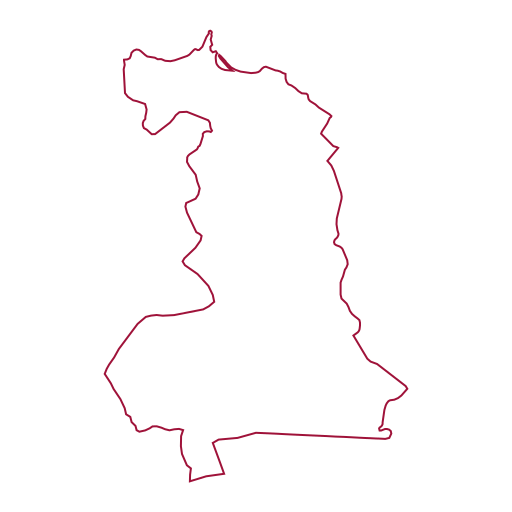 map outline of Oriental (Robinson projection)
{"feature_id": "MAR-1454", "entity_name": "Oriental", "entity_type": "Region", "adm_level": 1, "iso_a3": "MAR", "parent_name": "Morocco", "parent_adm1": "", "projection": "robinson", "projection_center": [-2.611, 33.589], "detail": "fine", "context": "isolated", "style": "outline", "palette": "rose", "viewbox_px": 512, "rotation_deg": 0, "n_neighbors": 0, "source": "natural_earth", "source_scale": "10m", "svg_char_len": 3809}
<svg xmlns="http://www.w3.org/2000/svg" viewBox="0 0 512 512"><path d="M212.2,44.8L210.3,46.8L210.6,50.1L212.7,52.3L215.8,51.2L217.2,53.3L216.3,54.4L215.8,56.2L215.7,58.2L216.1,62.1L216.5,63.7L217.4,65.2L218.9,67.0L221.5,68.8L225.0,70.0L232.4,70.7L228.0,67.2L220.3,58.4L218.8,55.9L219.2,54.9L220.6,56.0L225.5,61.2L226.3,62.5L231.1,67.4L235.4,69.8L240.6,71.6L251.1,73.1L255.7,72.7L258.1,72.1L259.8,71.1L261.9,68.7L263.8,67.2L265.9,66.7L275.5,70.4L277.7,70.7L280.2,71.5L282.8,73.0L285.5,73.9L285.6,78.7L286.6,81.9L288.4,84.3L291.5,85.5L295.3,88.1L298.4,91.1L301.8,93.3L306.4,93.7L307.6,94.7L308.0,96.1L308.2,97.7L308.7,99.4L310.1,101.1L315.4,104.4L318.9,107.6L329.5,114.3L331.4,116.1L331.0,117.0L329.7,118.0L327.2,123.5L321.9,131.6L321.1,133.7L333.3,146.1L337.0,147.2L338.2,147.9L327.4,160.9L331.3,165.5L333.9,170.9L341.2,193.2L341.4,194.9L341.7,196.5L341.5,198.9L336.8,218.5L336.5,224.2L337.4,230.1L338.5,233.7L338.4,235.0L337.6,236.8L336.6,238.1L335.4,239.1L334.5,240.3L334.0,242.2L334.6,244.1L336.2,245.2L339.7,246.5L341.5,247.8L342.6,249.2L347.2,260.2L347.7,264.2L346.4,267.5L344.9,269.7L343.0,276.5L341.6,279.6L340.6,282.6L340.6,294.6L341.5,298.6L346.7,303.6L348.5,307.1L349.9,310.9L352.0,313.9L354.7,316.3L357.6,318.5L359.4,320.1L360.0,322.7L360.0,325.5L359.7,328.1L359.5,329.4L359.1,330.5L358.5,331.5L357.7,332.4L353.4,335.5L367.3,358.7L370.6,361.6L377.1,364.0L405.7,386.1L407.3,388.8L401.4,395.5L398.0,398.1L394.3,399.7L390.0,400.3L388.4,401.2L386.7,403.4L385.7,405.5L384.4,409.9L382.8,421.0L382.6,422.4L382.6,423.4L382.5,424.4L381.8,425.7L381.2,426.4L379.5,427.7L379.1,428.5L379.6,430.5L381.2,430.5L385.0,429.0L387.0,429.0L389.1,429.6L390.8,431.1L391.3,433.6L389.3,437.9L385.3,438.9L377.6,438.5L376.7,438.5L374.3,438.4L370.4,438.2L365.3,438.0L359.1,437.7L352.0,437.3L344.2,436.9L335.8,436.6L327.0,436.1L318.1,435.7L309.1,435.3L300.3,434.9L291.8,434.5L283.8,434.1L276.5,433.7L270.0,433.4L255.9,432.8L237.6,437.9L218.6,439.6L212.8,442.9L219.8,461.9L224.1,473.8L206.2,476.3L189.9,481.3L190.1,474.6L190.9,468.4L186.9,465.3L182.0,454.0L180.9,446.2L181.1,436.1L183.1,430.1L179.0,428.9L174.2,429.3L169.5,430.3L165.0,429.2L161.5,427.7L156.7,426.3L152.5,426.4L149.7,428.3L145.2,430.4L139.4,431.7L136.6,430.2L135.5,425.9L131.6,422.1L130.3,416.9L126.1,414.3L124.7,408.2L120.4,399.1L113.6,389.0L110.9,383.4L104.7,373.9L106.7,368.9L109.1,364.6L114.1,357.5L118.9,348.9L137.6,323.9L145.8,316.9L151.1,315.6L156.6,315.0L162.6,315.7L174.1,315.1L203.2,309.4L208.9,306.3L214.2,301.8L212.8,295.0L208.4,285.9L197.6,274.1L184.9,265.2L182.6,261.4L184.4,258.3L195.4,247.8L200.6,240.4L201.6,235.9L199.6,234.0L196.3,232.2L187.0,212.6L185.4,206.6L186.2,203.0L195.6,198.7L198.3,194.5L199.7,188.4L197.2,181.5L195.7,174.8L189.3,166.2L187.0,161.9L187.2,158.6L187.2,157.4L188.0,155.9L189.5,154.4L196.9,149.4L197.6,148.3L197.9,147.4L198.3,146.6L199.4,146.0L199.8,145.6L200.1,144.6L200.4,144.2L202.9,136.1L202.8,133.8L204.3,132.1L206.8,131.3L209.2,131.4L210.8,132.0L212.0,130.7L210.7,128.2L210.2,125.8L209.9,122.8L208.3,120.3L186.8,111.8L179.4,112.2L175.7,115.3L173.5,118.6L170.0,122.6L155.1,134.1L151.7,134.2L146.7,129.6L143.9,128.1L142.9,125.6L142.8,123.1L143.6,120.9L145.3,119.0L145.4,116.3L146.2,112.8L146.6,109.5L145.1,104.0L137.0,101.2L133.1,100.3L127.9,96.8L125.0,93.1L123.7,69.2L124.7,64.9L124.0,60.6L124.0,59.7L127.4,59.4L129.7,58.3L130.7,56.1L131.5,52.8L133.7,50.6L136.4,49.5L139.0,49.9L140.9,51.2L145.2,55.0L147.3,56.5L154.9,57.7L157.6,59.2L158.8,59.2L160.0,59.1L161.1,59.1L162.2,59.5L164.2,60.4L165.3,60.8L170.4,61.2L174.7,60.3L187.3,55.9L189.4,54.6L194.0,49.8L195.1,49.1L195.9,49.2L196.8,49.7L197.9,50.1L199.2,49.9L202.4,46.7L206.4,37.1L208.9,33.4L208.7,32.1L209.2,31.1L210.2,30.7L211.4,31.4L211.8,32.3L211.3,34.4L211.7,35.9L210.7,39.5L212.0,44.2L212.2,44.8L212.2,44.8Z" fill="none" stroke="#9f1239" stroke-width="2"/></svg>